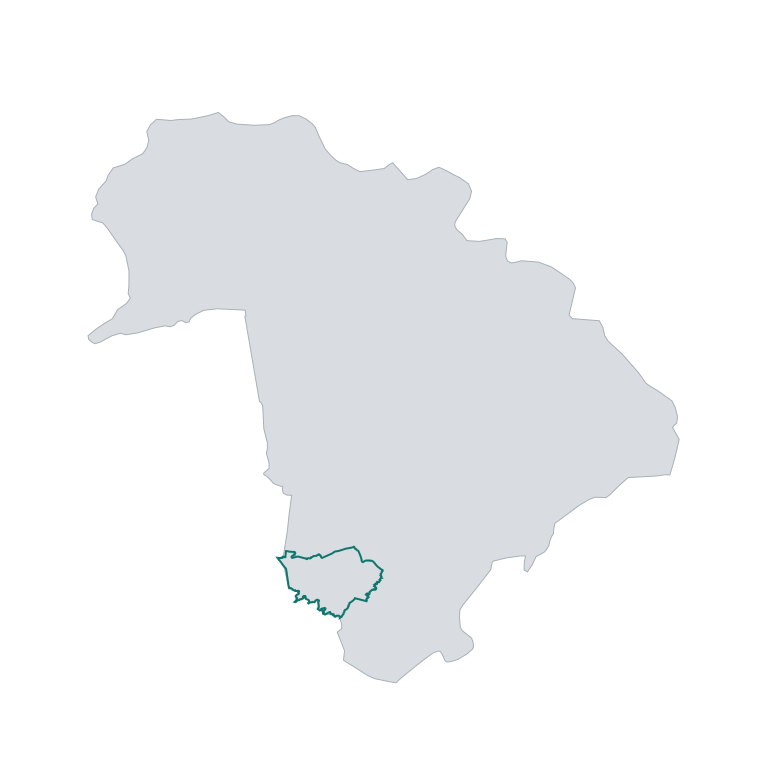 Kompienga, Kompienga, Burkina Faso shown in context, rotated 81°
{"feature_id": "67063806B63358793036390", "entity_name": "Kompienga", "entity_type": "district", "adm_level": 2, "iso_a3": "BFA", "parent_name": "Burkina Faso", "parent_adm1": "Kompienga", "projection": "equal_earth", "projection_center": [0.936, 11.436], "detail": "fine", "context": "in_parent", "style": "outline", "palette": "teal", "viewbox_px": 768, "rotation_deg": 81, "n_neighbors": 0, "source": "geoboundaries", "source_scale": "gbopen_adm2", "svg_char_len": 9072}
<svg xmlns="http://www.w3.org/2000/svg" viewBox="0 0 768 768"><g transform="rotate(81 384 384)"><path d="M569.5,510.1L550.2,511.2L543.1,513.9L538.9,514.0L538.7,511.6L538.2,510.3L513.9,502.4L496.8,497.8L479.5,492.6L478.5,497.4L476.0,500.6L472.2,500.8L469.6,500.0L467.9,503.8L465.0,508.7L461.0,511.1L457.0,514.1L454.8,516.8L453.2,516.8L449.3,510.6L444.0,509.9L434.1,511.0L429.7,509.3L423.7,508.4L409.4,509.7L386.6,507.2L382.9,508.5L381.9,509.7L359.3,510.0L334.4,510.3L313.6,510.6L295.4,510.8L295.4,509.7L289.5,509.6L288.9,511.7L283.6,536.9L283.0,550.6L285.7,559.2L288.8,564.6L292.2,566.8L292.5,569.9L289.7,573.8L290.0,577.9L293.2,582.1L294.0,586.4L292.3,591.1L292.7,602.1L295.0,619.7L295.0,631.1L292.7,636.3L293.8,645.1L298.2,657.7L299.0,663.0L297.4,665.5L293.6,668.8L289.9,668.7L285.5,661.1L283.6,657.6L280.1,649.9L277.1,642.2L273.0,638.8L269.0,635.6L264.2,625.8L259.5,621.1L254.5,622.5L247.2,620.6L232.6,618.2L216.9,618.9L210.3,621.2L203.8,624.7L187.4,632.6L180.9,636.5L176.0,646.4L170.4,646.2L164.9,643.0L161.4,638.5L154.0,639.5L146.8,635.2L139.9,626.6L134.7,623.8L128.2,617.6L126.5,605.8L122.4,597.6L118.7,586.1L113.0,580.9L106.5,578.2L97.5,578.8L91.6,574.2L87.0,567.4L88.3,561.6L90.4,553.4L90.7,545.4L92.2,532.5L91.5,516.4L89.9,505.2L94.9,500.5L100.7,496.3L104.3,488.6L108.2,471.5L109.9,456.7L108.8,451.2L106.9,446.9L105.4,440.5L104.6,432.7L105.7,425.9L110.1,419.6L115.6,414.3L119.5,411.8L129.8,409.2L142.6,405.3L150.0,400.8L155.5,396.4L158.5,392.9L161.6,385.7L166.6,380.1L170.5,374.5L171.1,358.8L171.2,349.9L168.4,345.0L166.8,340.8L185.9,328.6L186.1,319.9L183.5,310.3L179.9,302.5L178.5,295.8L183.8,288.0L188.6,282.0L192.0,277.0L199.5,269.3L207.3,267.4L214.3,270.2L234.9,288.3L238.5,289.4L242.8,288.1L248.3,283.3L255.4,279.6L258.1,267.5L258.0,249.7L259.6,241.6L263.4,240.2L275.3,243.5L278.4,243.7L281.9,242.6L284.4,239.5L284.3,233.8L283.8,228.7L287.8,212.2L294.9,199.9L309.4,184.5L313.8,181.4L319.0,179.8L344.7,190.4L348.9,187.8L355.2,161.5L362.2,159.0L370.6,158.5L376.0,156.3L378.8,154.4L391.1,144.5L412.6,130.9L424.2,125.1L426.5,122.9L434.8,113.3L445.8,102.2L452.8,100.0L462.5,99.2L468.6,101.1L470.3,104.2L472.2,105.8L484.9,101.1L503.0,108.5L518.6,115.9L517.6,120.5L517.5,128.8L516.2,141.8L514.6,157.4L521.0,167.5L528.8,178.4L530.9,182.6L528.8,193.3L530.2,199.6L534.3,210.1L541.3,223.4L548.4,237.1L553.4,238.9L558.1,240.0L560.9,242.4L565.1,244.8L569.3,246.4L572.9,249.4L575.3,252.3L578.3,260.8L586.3,266.3L592.0,271.8L589.7,274.7L582.7,273.5L576.1,271.1L575.2,275.2L574.9,290.7L576.0,303.6L577.5,305.3L584.2,307.7L600.0,324.5L614.4,340.4L619.2,344.5L627.2,346.1L636.0,346.7L639.9,345.3L648.5,337.3L653.1,336.4L657.3,336.6L659.6,337.9L663.7,344.4L667.6,354.3L668.7,361.6L668.4,365.5L667.1,366.9L660.0,368.8L656.9,370.3L656.2,372.4L657.3,377.3L658.7,380.5L666.4,394.8L677.6,414.0L681.0,418.9L679.1,424.7L673.4,439.7L669.2,445.9L650.5,467.2L641.3,464.7L621.9,469.0L619.0,464.1L614.5,463.4L608.9,464.3L606.9,466.2L606.3,468.2L604.3,471.2L600.8,479.6L598.0,481.8L594.5,483.1L590.3,482.9L587.9,484.0L587.9,488.2L587.1,491.8L584.3,493.7L583.1,497.7L583.3,501.7L581.6,503.6L578.0,502.6L575.8,501.5L573.8,506.6L571.3,510.2L569.5,510.1Z" fill="#d9dde1" stroke="#a8b0b8" stroke-width="1"/><path d="M540.0,439.2L540.3,440.0L540.6,442.1L540.5,443.6L540.7,444.7L540.6,447.0L541.7,454.2L541.8,455.8L541.8,458.6L542.3,459.8L543.2,461.6L546.1,472.4L545.8,472.8L545.4,473.1L544.5,473.3L544.1,473.3L543.8,473.4L543.7,473.4L543.5,473.7L543.3,473.6L543.0,474.0L542.9,474.5L542.1,474.8L542.0,475.1L542.1,475.4L542.3,475.4L542.5,475.8L542.7,476.2L542.7,477.1L543.2,477.8L543.0,478.5L543.1,479.3L542.9,480.7L543.5,481.4L543.7,481.9L543.8,483.2L544.4,483.3L544.5,483.8L544.7,484.1L544.6,484.7L544.2,485.6L544.1,486.1L544.9,487.4L544.9,487.6L544.7,488.0L544.1,488.1L544.0,488.5L544.0,488.8L543.7,489.7L541.4,494.8L541.2,495.4L541.0,496.6L541.0,498.3L541.2,500.0L541.4,501.0L541.4,501.9L541.2,502.1L540.9,502.3L540.1,502.3L539.7,501.9L539.4,501.1L538.8,500.1L538.6,498.9L538.1,499.1L537.7,499.1L537.5,498.6L537.1,498.1L536.6,498.4L536.1,498.4L535.8,498.8L535.7,499.8L534.6,504.3L534.1,505.3L533.7,507.0L539.6,508.5L539.5,509.1L538.7,510.8L539.0,511.2L539.7,511.2L539.9,511.5L539.9,512.1L539.5,514.7L539.0,516.4L541.8,515.0L543.3,514.0L546.1,512.5L546.6,512.5L547.2,512.0L551.2,509.7L555.6,509.6L557.4,509.8L558.8,509.7L563.1,509.8L565.6,509.7L566.0,509.9L568.7,509.8L569.3,509.6L569.5,509.8L570.4,509.8L571.1,507.7L572.8,506.0L573.1,505.8L574.2,504.4L574.1,504.2L574.3,504.2L574.7,503.6L574.8,502.9L574.7,501.9L574.8,501.1L575.3,500.3L575.6,500.3L575.8,500.5L576.1,501.3L576.9,500.8L577.6,500.8L577.9,501.0L578.2,501.4L578.6,503.1L579.2,504.1L579.6,504.4L580.2,504.5L581.8,503.5L582.2,503.5L582.5,504.0L583.3,504.2L583.8,504.5L584.5,505.2L585.2,506.4L585.6,505.6L585.6,505.3L584.4,503.7L584.4,503.1L584.0,502.5L584.2,501.5L583.9,500.8L583.4,500.4L583.4,500.1L583.7,499.4L583.3,498.8L583.4,498.0L583.2,497.6L582.8,497.4L582.5,496.7L582.0,496.4L581.9,496.6L582.1,497.0L581.8,497.4L581.5,497.4L580.8,496.5L581.0,496.1L580.9,495.4L581.1,495.0L581.5,494.7L583.8,494.8L584.2,494.6L585.3,492.6L585.8,492.1L586.3,491.9L587.5,491.9L588.0,492.9L588.2,493.1L588.6,493.2L589.0,492.8L588.2,491.7L588.4,491.1L588.2,490.4L588.4,489.4L588.1,488.9L588.3,488.5L588.2,488.2L588.6,487.3L588.7,486.8L588.5,486.5L587.7,486.1L587.2,485.5L586.6,484.0L586.6,483.5L587.2,482.6L587.6,482.1L588.0,482.1L588.4,482.4L588.9,483.1L589.6,483.1L590.2,482.9L590.5,483.0L590.8,483.3L591.3,483.3L591.8,483.1L592.4,483.1L592.8,483.4L593.7,483.2L594.0,483.3L595.6,484.6L595.9,484.7L596.5,483.8L597.5,483.2L597.7,482.8L597.5,481.8L597.5,480.8L597.3,480.2L596.9,480.2L596.7,480.3L596.7,480.6L597.2,481.2L596.9,481.5L596.6,481.5L596.3,481.1L596.1,480.2L596.1,479.4L595.9,478.4L595.9,477.9L596.1,477.3L596.4,477.0L596.9,477.0L597.5,477.4L598.2,478.1L598.7,479.8L599.6,480.0L599.7,479.1L600.1,479.0L600.3,479.2L600.5,479.9L601.3,480.2L601.5,480.1L601.8,479.0L602.5,478.3L602.5,478.0L601.8,476.8L601.8,476.0L601.4,475.6L601.0,474.2L601.1,473.8L600.8,473.2L600.9,472.8L601.2,472.7L602.1,472.9L602.5,472.7L602.8,472.4L602.7,471.9L603.3,470.9L603.3,470.3L603.5,470.0L603.9,470.6L604.1,470.6L604.9,470.0L605.1,469.3L606.1,469.1L606.2,468.8L606.2,468.4L605.7,468.1L605.7,467.5L605.4,466.7L605.8,464.8L607.2,463.7L607.5,463.6L607.9,463.8L607.5,462.9L607.3,462.8L607.3,462.5L607.1,462.3L607.0,462.0L606.6,462.0L606.3,461.5L605.7,461.2L605.6,460.9L604.9,459.9L604.6,459.8L604.3,459.9L603.9,459.8L602.8,458.8L602.4,458.8L602.1,458.5L601.7,458.6L601.0,457.7L600.8,456.9L600.8,456.5L600.6,456.1L600.3,455.9L599.9,455.2L599.4,454.9L599.2,454.5L598.7,454.4L598.0,453.8L597.7,454.0L597.3,453.7L597.0,453.7L596.7,453.2L596.4,452.9L595.5,452.6L595.3,452.4L594.9,452.4L594.7,452.2L594.4,450.9L593.8,449.9L593.4,449.0L591.9,446.7L591.4,446.6L591.0,446.3L595.8,435.2L595.2,434.9L594.7,435.1L594.4,435.2L594.0,435.2L593.5,434.6L593.2,434.5L593.2,434.3L593.3,434.1L593.0,433.7L593.0,433.8L592.8,433.7L592.7,433.8L592.5,433.4L592.2,433.4L592.1,433.2L591.6,433.4L591.6,433.2L591.4,433.2L591.3,432.9L591.0,433.0L590.6,432.7L590.0,432.6L589.8,432.7L589.4,433.4L589.4,433.6L589.6,433.7L589.6,434.3L589.4,434.7L589.3,434.8L589.1,434.5L588.6,434.3L588.4,434.0L588.5,433.9L588.4,433.6L588.5,433.5L588.5,433.3L588.3,433.1L588.4,432.6L589.3,431.5L589.1,431.2L588.9,431.2L587.9,430.9L587.5,430.8L587.5,430.7L587.1,430.7L586.8,430.4L586.5,429.7L586.4,429.6L586.2,429.1L585.8,428.7L585.6,427.9L585.5,427.5L585.3,427.5L585.3,427.3L585.4,427.1L585.3,426.8L585.6,426.9L585.7,426.5L585.5,426.0L585.5,425.4L585.7,425.2L585.5,424.8L585.8,424.6L585.7,424.3L585.5,424.1L584.9,424.0L584.7,423.7L583.7,424.1L583.6,423.9L583.4,424.0L583.3,424.3L583.0,424.4L583.0,424.6L582.7,424.7L582.2,425.4L582.0,425.2L581.8,425.0L581.6,424.7L581.4,424.8L581.3,424.7L581.5,424.5L581.4,424.1L581.2,424.1L581.2,424.4L581.1,424.5L581.1,424.4L580.8,424.0L580.6,424.4L580.4,424.2L580.2,424.2L580.0,423.8L580.2,423.5L579.9,423.2L580.0,423.1L580.2,423.3L580.2,423.2L580.3,422.9L579.9,422.3L580.1,422.0L579.9,421.9L579.7,422.1L579.5,421.9L579.1,421.9L579.2,421.7L578.9,421.5L579.0,421.4L578.9,421.2L578.6,421.2L578.8,420.8L578.6,420.3L578.8,420.0L578.7,419.9L578.8,419.6L578.5,419.4L578.3,419.6L578.1,419.5L578.1,419.2L577.8,418.9L577.7,418.9L577.4,418.5L577.2,418.8L576.6,419.0L576.1,418.2L575.8,418.1L575.5,417.8L575.3,416.8L574.9,417.3L574.6,416.9L574.0,416.6L572.6,417.5L572.4,417.3L572.2,416.9L571.9,417.1L571.4,416.8L571.0,417.0L570.7,416.5L570.1,415.9L569.6,415.6L568.9,415.6L568.8,415.1L568.7,414.8L568.0,414.8L567.7,414.5L566.1,416.3L563.0,419.2L561.9,419.9L561.7,419.9L561.1,420.5L560.5,420.7L558.4,421.9L557.7,422.5L556.9,423.4L556.4,424.3L556.5,425.3L556.4,425.6L556.2,425.7L556.0,427.0L555.9,427.0L556.0,427.6L555.7,428.0L555.6,428.9L555.5,429.0L555.6,430.1L556.5,432.3L556.5,433.1L556.1,433.4L555.5,433.5L555.0,433.8L554.6,433.8L554.2,433.6L553.8,433.6L548.8,434.4L548.1,434.7L546.8,434.9L545.1,435.4L544.5,435.7L544.0,436.6L543.3,437.1L543.2,437.3L542.4,437.6L542.2,438.1L542.1,438.3L541.6,438.4L541.4,438.7L540.6,438.7L540.0,439.2Z" fill="none" stroke="#0f766e" stroke-width="2"/></g></svg>